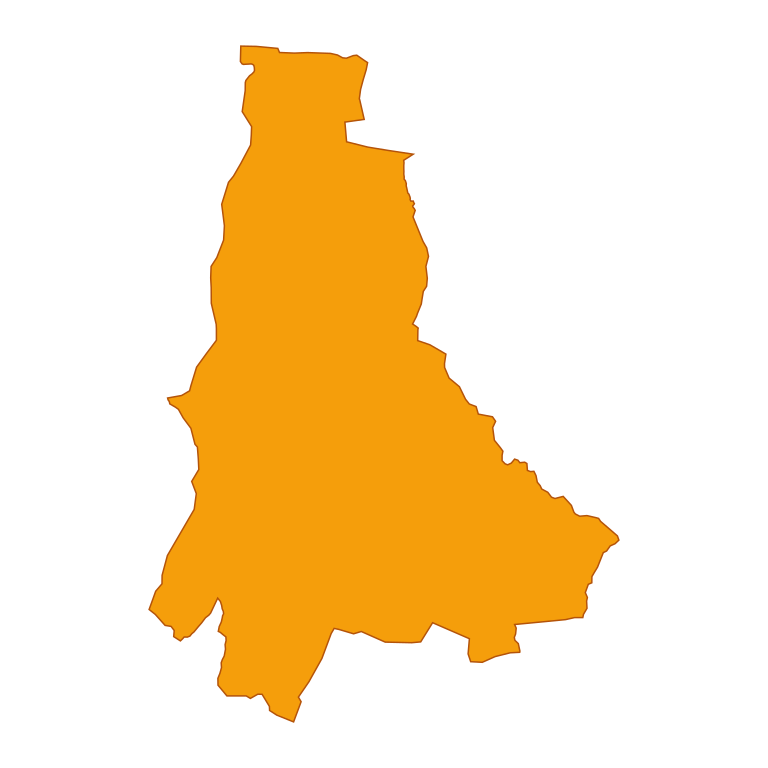 Kurfi, Katsina, Nigeria
{"feature_id": "59680162B7192144408722", "entity_name": "Kurfi", "entity_type": "district", "adm_level": 2, "iso_a3": "NGA", "parent_name": "Nigeria", "parent_adm1": "Katsina", "projection": "robinson", "projection_center": [7.483, 12.688], "detail": "fine", "context": "isolated", "style": "filled", "palette": "amber", "viewbox_px": 768, "rotation_deg": 0, "n_neighbors": 0, "source": "geoboundaries", "source_scale": "gbopen_adm2", "svg_char_len": 3456}
<svg xmlns="http://www.w3.org/2000/svg" viewBox="0 0 768 768"><path d="M240.8,46.1L240.4,61.5L242.1,63.9L243.5,64.4L246.1,64.2L248.3,64.1L251.2,63.9L252.7,64.4L253.8,65.4L254.3,67.4L254.5,70.4L254.0,71.8L252.0,73.9L249.5,75.8L245.9,80.4L245.3,82.5L245.2,90.7L242.2,111.6L251.6,126.6L251.3,135.1L250.6,145.0L240.9,163.3L233.5,176.1L228.5,182.3L221.7,204.3L223.9,221.7L224.4,225.8L223.6,240.1L216.8,257.6L211.1,266.4L210.7,277.9L211.2,287.6L211.3,303.3L216.2,324.3L216.4,328.7L216.4,340.3L206.7,353.2L196.6,367.1L190.8,386.1L189.6,390.8L181.6,395.5L167.6,398.0L168.1,399.9L169.3,401.6L169.8,403.9L175.5,407.2L178.4,409.3L183.2,417.9L190.9,428.3L195.0,444.3L197.4,447.0L198.3,458.8L198.8,469.5L191.7,481.4L196.3,493.6L194.2,509.4L167.4,555.5L162.1,575.3L162.0,583.8L155.7,591.2L152.3,600.7L149.1,609.5L155.3,614.4L165.1,625.4L171.1,626.4L174.2,630.5L173.7,636.6L180.4,640.9L182.5,638.9L184.2,637.0L187.3,637.1L189.9,636.1L191.8,633.7L194.0,631.9L198.2,626.8L201.6,622.9L205.5,617.7L208.9,615.1L209.8,614.0L210.6,613.1L217.7,598.1L220.4,601.5L221.7,605.6L222.2,608.8L223.3,611.3L223.6,613.8L222.6,615.7L222.2,618.1L221.3,622.0L219.2,626.6L218.3,631.4L220.2,632.3L223.2,634.8L225.9,636.9L226.1,640.5L225.1,644.6L225.5,649.2L224.2,656.1L222.4,659.5L221.2,662.8L221.5,667.6L219.9,673.4L217.9,678.3L218.0,685.2L226.9,695.9L246.2,695.9L250.4,698.4L257.8,694.2L262.1,694.3L269.4,706.4L269.6,710.5L276.9,715.2L293.6,721.9L301.1,701.7L298.4,697.1L308.9,681.8L321.9,658.5L331.2,633.5L333.3,629.9L334.1,628.4L338.8,629.4L353.6,633.8L361.3,631.5L385.2,642.1L411.8,642.7L420.7,641.9L432.6,622.7L469.4,638.7L468.1,653.9L470.7,661.7L482.3,662.3L495.1,656.6L510.2,652.8L519.7,652.3L519.9,651.1L518.3,643.6L514.9,640.3L514.3,637.4L515.6,634.0L516.2,628.1L514.6,624.5L553.4,620.8L565.6,619.6L574.5,617.6L582.8,617.6L583.5,614.3L587.0,608.3L586.6,601.0L587.4,597.5L585.3,592.6L588.3,584.3L591.8,582.8L591.9,576.6L594.4,572.3L597.5,567.2L603.3,552.6L606.6,551.0L610.2,545.9L615.1,543.7L618.9,540.1L617.4,535.9L602.0,522.6L600.6,521.4L598.6,518.4L596.1,517.7L595.7,517.6L589.2,516.1L586.9,515.6L579.7,516.2L575.4,514.0L573.9,512.2L571.4,505.4L563.2,496.4L555.0,498.5L551.5,497.2L547.8,492.3L541.7,489.0L540.2,485.7L537.3,482.2L536.0,475.6L533.9,471.3L530.5,471.6L527.4,470.4L526.9,463.5L524.7,462.2L519.8,462.7L517.9,460.2L514.6,459.1L513.4,460.6L511.3,463.1L507.7,464.8L505.8,464.1L505.1,463.8L502.1,460.7L502.1,455.3L502.9,451.2L500.3,447.6L494.4,440.3L492.7,427.6L495.6,421.3L492.5,416.8L478.3,414.1L476.1,406.6L469.3,404.0L465.5,399.2L459.4,386.7L449.1,378.1L444.6,367.5L444.5,363.6L445.9,354.1L429.9,344.8L417.7,340.6L417.9,329.6L418.2,328.1L416.4,326.6L412.6,324.0L416.5,316.3L417.4,313.6L421.3,304.0L422.1,298.7L423.3,291.4L426.6,286.3L427.3,278.3L425.9,266.4L428.5,256.4L426.7,247.9L423.0,241.4L413.0,216.9L415.2,210.4L414.3,208.7L413.0,207.1L412.7,205.9L414.0,204.4L414.4,203.6L413.7,202.5L413.3,201.1L410.9,201.1L410.1,199.6L410.3,198.4L410.0,197.0L408.9,194.1L407.8,193.0L407.2,190.2L406.7,187.8L406.2,185.9L406.3,183.6L405.4,180.7L404.1,179.1L404.2,176.9L403.8,174.1L403.9,171.6L403.8,168.8L403.8,165.2L404.0,162.8L403.7,160.3L413.2,154.2L388.0,150.4L367.8,147.1L346.6,141.8L344.9,122.1L364.2,119.4L359.7,99.7L359.3,98.9L360.6,89.4L363.2,79.7L366.2,69.7L367.6,62.6L364.4,60.5L356.8,55.2L353.3,55.6L346.4,58.2L342.6,57.8L337.5,55.0L330.5,53.4L307.6,52.6L294.4,53.1L279.5,52.5L277.8,48.4L256.4,46.4L240.8,46.1Z" fill="#f59e0b" stroke="#b45309" stroke-width="1.5"/></svg>